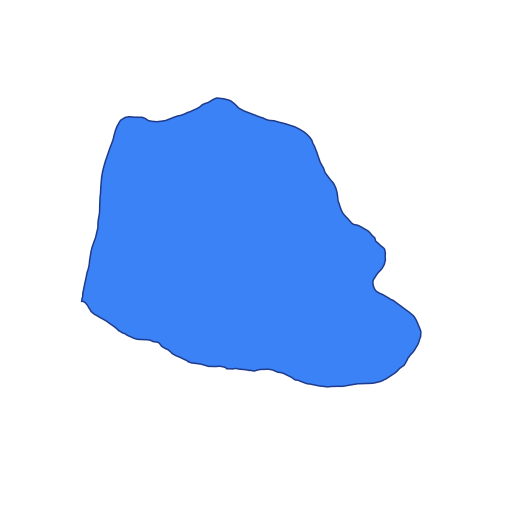 Akurdet, Gash Barka, Eritrea (Mercator projection), rotated 29°
{"feature_id": "51966322B85187004782812", "entity_name": "Akurdet", "entity_type": "district", "adm_level": 2, "iso_a3": "ERI", "parent_name": "Eritrea", "parent_adm1": "Gash Barka", "projection": "mercator", "projection_center": [37.945, 15.559], "detail": "fine", "context": "isolated", "style": "filled", "palette": "blue", "viewbox_px": 512, "rotation_deg": 29, "n_neighbors": 0, "source": "geoboundaries", "source_scale": "gbopen_adm2", "svg_char_len": 4961}
<svg xmlns="http://www.w3.org/2000/svg" viewBox="0 0 512 512"><g transform="rotate(29 256 256)"><path d="M297.8,163.4L296.3,161.4L292.9,157.9L292.2,157.4L289.6,155.5L287.8,154.5L284.3,153.3L280.5,151.6L276.7,149.9L276.1,149.6L275.4,149.1L272.3,146.3L269.9,144.9L266.5,142.7L263.7,140.2L260.8,137.6L259.6,136.4L257.2,134.4L253.8,131.6L251.2,130.0L248.8,127.8L246.0,126.3L241.5,124.9L237.8,124.2L231.8,124.0L226.6,124.3L223.9,124.9L218.5,125.9L214.9,126.8L211.4,127.8L206.4,128.9L201.3,131.2L197.6,131.8L195.6,131.8L192.8,132.4L189.3,133.0L186.5,133.3L183.9,133.7L179.6,134.3L175.7,134.9L172.7,135.0L169.2,135.0L166.0,134.0L162.8,133.2L160.3,132.8L159.0,132.6L156.7,132.8L151.6,134.1L148.0,135.6L145.1,136.8L143.4,138.8L141.8,141.3L140.0,144.6L137.0,147.9L135.7,149.8L134.4,153.2L132.6,156.1L130.6,158.7L128.4,161.8L126.5,163.7L124.8,166.2L122.4,169.1L119.3,171.8L116.5,175.0L114.7,177.2L111.2,181.4L107.7,184.1L104.1,186.7L99.5,188.7L96.1,189.8L92.4,189.4L89.1,189.9L83.4,193.0L81.3,194.0L77.5,195.7L74.4,198.2L71.9,202.7L71.6,204.4L71.6,207.0L71.6,210.2L72.3,214.9L73.3,219.0L74.6,223.6L75.3,228.0L75.7,231.2L76.0,233.1L76.8,237.5L77.5,241.4L78.2,245.7L79.4,250.8L80.8,256.2L82.7,261.7L85.1,267.1L87.0,271.3L89.4,276.1L91.3,280.6L93.3,284.6L96.0,289.9L96.4,290.5L98.3,294.4L99.6,298.0L100.7,301.3L101.8,303.8L104.0,307.9L104.6,310.1L105.6,313.7L106.4,316.3L107.0,319.0L107.4,322.1L108.4,327.8L109.5,331.9L111.6,337.8L111.9,338.6L112.7,340.8L113.7,343.0L114.7,345.6L115.6,348.7L116.3,352.5L117.8,357.0L119.5,362.8L120.7,366.5L121.0,367.6L121.6,369.3L122.1,371.2L122.8,373.1L124.0,375.3L124.6,377.9L125.5,380.2L126.0,379.8L127.3,379.5L128.9,379.6L129.6,379.7L130.8,380.2L132.2,380.7L132.9,381.1L133.6,381.5L135.3,382.6L136.4,383.1L137.1,383.4L138.5,384.4L139.7,384.7L141.2,385.0L142.8,385.3L144.3,385.3L146.5,385.3L148.3,385.4L150.4,385.4L154.8,385.4L155.6,385.4L157.3,385.5L160.6,385.9L163.1,386.2L166.2,386.5L169.5,387.1L172.1,387.9L174.0,387.8L176.3,388.0L178.9,387.5L180.9,387.7L182.7,387.7L185.9,387.4L186.6,387.4L190.1,387.0L193.0,386.2L196.5,384.5L198.7,383.4L201.4,382.0L204.2,381.0L207.6,380.7L210.6,379.5L211.9,379.1L213.3,379.1L215.7,379.9L216.4,380.4L217.2,380.7L218.6,380.8L221.4,380.9L224.6,380.6L228.4,381.4L229.7,381.9L231.3,382.0L234.1,382.0L238.4,381.5L241.5,381.3L242.4,381.3L245.0,381.1L246.3,381.0L247.1,381.1L248.0,381.4L249.4,381.1L251.3,380.8L254.1,379.7L256.5,378.7L257.9,378.2L260.4,377.2L261.2,377.1L263.6,376.5L267.9,375.6L271.3,373.8L273.0,372.9L274.6,372.1L277.4,370.1L280.3,369.1L283.1,368.3L285.1,368.8L286.2,368.2L290.7,365.9L292.6,364.2L293.4,364.0L296.9,362.8L299.9,361.4L302.5,360.3L305.8,359.3L307.0,358.3L307.7,358.4L308.7,358.0L310.2,357.5L310.8,356.9L312.2,355.4L313.0,354.6L315.3,352.8L318.0,351.3L321.1,349.2L325.8,347.6L327.2,347.5L329.0,347.3L331.3,347.1L334.7,345.8L337.1,345.3L340.3,345.2L343.6,345.0L346.5,344.9L348.7,345.3L350.2,345.4L353.4,344.2L354.2,344.2L355.2,344.1L356.1,344.0L357.3,343.7L358.1,343.7L359.7,343.4L361.4,343.2L363.3,342.7L365.8,341.6L368.0,341.0L369.3,340.5L371.0,340.0L372.8,339.5L374.5,338.9L376.4,338.1L378.5,337.2L380.7,336.4L382.3,335.6L385.0,333.7L387.7,332.1L390.7,330.3L391.8,329.7L393.1,329.0L394.3,328.4L396.1,327.1L404.4,320.4L405.5,319.6L406.8,318.5L418.7,311.4L420.7,310.0L422.0,308.8L425.2,305.9L426.6,304.3L427.5,303.1L428.1,302.0L429.2,300.6L430.9,297.4L434.3,290.9L434.6,289.9L435.0,289.2L435.3,288.2L435.5,287.4L435.7,286.4L436.0,285.3L436.3,284.3L436.7,283.4L437.0,282.8L437.3,282.2L437.7,281.3L438.1,280.6L438.5,279.9L438.6,277.0L438.6,275.7L438.6,274.9L438.6,273.8L438.4,271.7L438.5,271.1L438.7,270.2L438.7,269.5L438.8,268.5L439.1,267.1L439.6,265.3L440.0,263.4L440.3,260.5L440.3,259.6L440.3,258.3L440.4,256.5L440.4,255.3L440.3,253.9L440.2,252.9L439.3,248.7L439.1,246.8L437.1,242.6L436.2,241.6L435.5,240.9L434.4,240.1L433.2,239.0L431.8,238.0L430.4,236.8L427.2,234.4L424.7,232.9L423.1,232.1L421.8,231.8L416.8,230.8L415.4,230.7L410.0,230.0L408.1,229.7L403.9,229.2L403.2,229.1L402.4,229.0L401.5,228.9L397.9,228.3L396.7,228.4L395.4,228.6L394.8,228.6L394.0,228.6L393.2,228.5L392.4,228.4L391.8,228.4L390.9,228.5L389.8,228.4L386.6,228.3L385.6,228.3L384.2,228.4L382.9,228.6L381.9,228.6L381.0,228.6L380.0,228.6L378.8,228.5L377.7,228.3L377.1,228.1L376.5,227.8L375.9,227.5L375.2,226.9L374.5,226.4L373.9,226.0L372.4,224.4L371.9,223.8L371.1,222.6L370.5,221.2L370.2,220.1L370.4,216.7L370.5,214.6L370.7,212.3L371.9,207.7L372.2,206.4L372.3,205.0L372.3,203.7L372.3,202.2L372.2,200.9L371.9,199.8L371.1,196.7L369.7,194.6L369.0,193.5L368.1,191.3L367.0,189.9L365.6,188.1L364.3,187.3L363.5,187.1L362.4,186.9L358.9,186.3L358.0,186.0L356.8,185.6L353.4,185.0L352.7,184.2L351.0,182.5L347.8,181.8L344.0,180.3L341.5,179.7L338.8,179.7L335.1,179.6L332.0,179.6L329.5,179.9L327.0,180.8L325.7,181.1L323.1,180.7L321.2,179.9L318.3,178.9L314.1,177.6L311.2,176.5L308.5,174.6L306.7,173.1L305.2,171.8L303.6,170.1L301.2,168.2L299.1,165.2L297.8,163.4Z" fill="#3b82f6" stroke="#1e3a8a" stroke-width="1.5"/></g></svg>